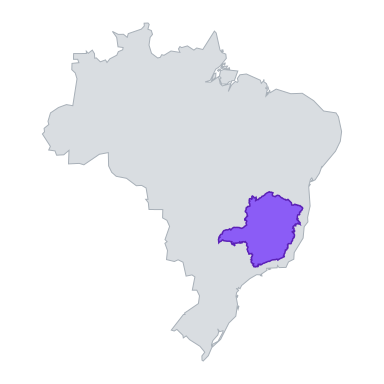 Minas Gerais on a map of Brazil (Robinson projection)
{"feature_id": "BRA-601", "entity_name": "Minas Gerais", "entity_type": "State", "adm_level": 1, "iso_a3": "BRA", "parent_name": "Brazil", "parent_adm1": "", "projection": "robinson", "projection_center": [-44.656, -18.566], "detail": "fine", "context": "in_parent", "style": "filled", "palette": "violet", "viewbox_px": 384, "rotation_deg": 0, "n_neighbors": 0, "source": "natural_earth", "source_scale": "10m", "svg_char_len": 9385}
<svg xmlns="http://www.w3.org/2000/svg" viewBox="0 0 384 384"><path d="M96.3,57.9L100.3,61.8L105.5,59.9L107.0,62.5L109.9,58.8L116.8,55.2L118.3,51.7L122.7,49.8L123.1,47.5L118.0,46.8L116.7,37.4L112.4,31.4L118.3,34.4L123.5,34.3L127.2,37.3L128.3,33.6L141.4,29.1L144.3,26.0L144.1,23.2L148.0,23.0L149.2,24.4L147.9,29.2L151.3,30.5L152.5,34.4L150.1,37.4L149.0,45.1L151.5,53.3L157.7,58.0L160.3,57.3L161.7,54.7L164.0,55.3L171.0,51.0L179.9,52.4L178.5,48.9L179.9,46.6L181.7,47.6L187.4,45.9L193.9,50.1L196.7,48.0L202.8,49.5L214.4,31.1L216.2,33.0L220.0,50.0L222.0,52.6L225.8,54.1L226.3,58.4L219.7,66.5L215.7,69.2L210.3,80.3L205.1,81.9L210.6,82.2L218.6,76.6L220.2,83.7L222.4,85.9L230.8,83.5L228.3,91.5L231.5,85.1L235.4,81.4L237.3,82.4L238.1,81.3L237.4,78.4L239.9,74.8L246.4,74.0L260.3,80.2L261.3,83.3L263.2,81.2L266.4,83.6L267.3,86.2L265.6,88.1L266.4,89.0L268.1,87.2L268.5,89.0L266.9,90.8L265.9,96.2L268.1,94.0L269.7,89.9L270.0,92.8L276.2,89.1L290.7,93.7L302.3,93.3L313.7,100.7L323.6,111.0L336.0,112.9L338.4,116.7L341.6,131.6L340.3,141.3L335.5,151.2L322.0,167.3L322.0,166.0L319.4,173.3L315.2,179.8L313.2,180.8L311.8,177.9L310.5,179.3L308.7,186.2L310.1,206.0L307.6,217.4L307.9,221.9L304.2,226.7L303.1,238.1L294.2,252.6L293.8,259.2L288.5,261.9L286.0,267.4L279.1,267.6L277.6,265.5L277.1,267.8L266.6,268.3L267.1,270.2L260.4,274.8L256.6,274.7L249.9,278.6L241.6,285.5L240.0,288.8L238.5,287.5L238.0,289.0L236.1,288.4L238.6,290.4L236.6,292.5L236.0,296.2L237.5,304.2L235.8,316.2L228.9,323.0L220.6,339.4L212.5,346.9L212.3,344.4L218.0,341.3L222.9,332.3L223.0,330.7L219.7,331.7L217.6,328.8L218.7,331.7L217.8,335.0L212.9,340.5L211.4,344.9L211.9,347.3L208.3,355.7L203.2,361.0L202.0,360.2L201.9,356.0L204.8,352.2L200.0,346.3L189.5,339.6L186.2,335.9L183.3,337.9L182.9,335.3L176.9,329.4L174.2,331.0L171.3,330.1L183.5,314.4L185.0,314.5L184.6,313.0L198.4,303.6L199.5,295.8L196.8,290.2L192.3,290.2L194.9,276.9L192.0,274.9L186.1,276.1L183.0,262.2L178.1,259.8L174.4,261.5L166.5,259.6L167.5,250.5L164.9,243.3L167.1,241.7L165.0,239.6L169.6,226.4L166.9,220.3L162.6,217.9L162.8,209.6L149.0,209.5L148.3,202.6L145.7,199.3L148.0,199.3L146.1,188.0L141.7,185.4L136.3,185.7L126.5,178.3L116.2,176.3L111.7,172.3L108.6,165.9L108.3,152.6L99.3,154.3L83.9,164.8L79.3,163.4L68.5,163.9L69.0,150.3L63.8,154.8L56.6,155.2L55.0,150.9L48.7,150.0L50.4,146.4L42.4,134.0L44.5,131.8L44.1,128.3L48.8,124.5L48.0,121.3L50.5,112.9L58.5,107.5L66.4,104.6L72.8,105.7L77.0,78.8L75.2,72.9L71.8,69.7L72.0,63.4L78.9,62.7L77.7,59.3L73.5,59.3L73.6,53.6L86.4,53.5L86.3,51.2L88.2,53.3L92.3,50.1L94.5,53.7L94.7,58.2L96.3,57.9ZM223.6,69.5L237.8,71.0L234.4,80.5L231.8,80.7L231.4,82.3L229.3,81.6L227.0,84.0L221.6,84.0L219.7,79.2L221.1,78.0L219.4,76.3L220.5,70.8L223.6,69.5ZM211.5,80.9L213.7,74.1L215.9,73.1L215.7,77.3L211.5,80.9ZM227.5,66.1L226.1,68.7L222.9,68.1L223.4,66.4L227.5,66.1ZM222.6,63.3L222.1,68.5L220.7,68.0L222.6,63.3ZM229.7,69.4L227.7,69.7L226.8,69.3L229.3,67.7L229.7,69.4ZM220.5,69.6L218.4,71.3L217.5,70.4L219.0,68.9L220.5,69.6ZM224.3,65.0L223.3,64.0L225.0,62.9L225.2,63.9L224.3,65.0ZM223.2,51.6L222.0,51.9L221.8,50.0L222.9,49.9L223.2,51.6ZM238.1,309.2L237.7,307.5L238.6,306.0L238.9,306.4L238.1,309.2ZM261.6,274.1L261.9,276.0L260.5,275.6L261.6,274.1ZM237.3,297.3L236.6,296.4L237.6,295.3L237.9,295.7L237.3,297.3ZM267.7,92.8L266.9,94.8L267.7,92.0L267.7,92.8ZM312.4,181.1L311.0,181.6L311.9,180.1L312.4,181.1ZM270.4,269.1L268.9,269.7L268.6,269.3L269.5,268.5L270.4,269.1ZM310.1,184.6L309.5,185.7L309.2,185.0L310.1,184.6ZM263.9,79.4L264.0,80.5L263.6,80.4L263.9,79.4Z" fill="#d9dde1" stroke="#a8b0b8" stroke-width="1"/><path d="M252.3,196.0L253.4,196.6L253.8,197.1L254.0,197.7L254.5,197.8L254.8,197.9L255.5,197.9L256.0,197.3L256.4,198.5L255.6,200.4L255.6,200.6L256.5,200.1L256.8,199.6L258.1,199.7L258.7,199.3L258.8,198.9L259.2,198.5L259.6,198.0L260.3,198.0L260.7,197.7L261.4,197.2L262.1,196.2L263.0,196.1L264.7,195.0L264.9,194.8L265.0,194.3L267.1,192.8L268.7,192.2L269.0,191.9L269.5,192.1L269.7,191.9L270.1,192.2L271.1,192.3L271.4,192.2L271.8,192.5L272.7,192.6L273.0,192.8L272.6,193.5L272.3,194.7L272.4,195.1L272.4,195.5L272.6,195.8L275.2,196.7L275.6,196.5L276.0,195.9L277.3,195.3L277.8,195.3L279.3,195.7L279.8,196.3L281.6,197.9L282.2,197.9L283.3,198.8L284.4,199.3L285.0,199.5L285.3,199.4L285.9,200.1L286.6,199.9L287.0,200.0L287.6,199.5L288.0,199.4L291.4,202.8L291.7,204.9L291.9,204.9L293.0,205.2L293.9,204.9L294.2,204.5L294.5,204.3L294.9,204.5L295.5,204.4L296.0,204.9L296.7,204.7L297.2,205.0L297.5,205.4L298.1,205.2L299.0,205.6L300.0,205.6L300.1,205.9L300.3,206.0L300.4,206.3L300.7,206.2L300.9,206.3L301.6,207.1L302.1,207.2L302.5,207.7L302.7,208.3L302.3,208.9L302.1,209.9L301.2,210.6L300.6,211.5L300.6,211.9L300.1,211.9L299.6,212.2L299.5,213.6L299.7,214.2L299.7,214.4L299.3,214.8L298.0,214.7L297.6,215.2L297.3,216.9L297.3,218.0L297.0,218.4L297.0,219.3L297.4,219.1L297.7,219.0L297.5,219.5L297.8,219.5L297.8,220.3L297.9,220.6L298.5,220.7L298.7,221.3L299.1,221.6L299.3,222.0L300.0,222.5L300.1,223.1L299.8,223.8L300.0,224.3L299.5,224.0L299.2,224.0L299.0,223.8L298.4,223.6L298.2,223.4L298.1,223.8L297.6,223.6L296.5,224.1L296.1,224.0L295.6,224.3L295.3,224.1L294.9,224.2L294.7,224.0L295.7,225.3L295.7,225.8L295.2,225.8L294.7,225.4L293.9,226.0L293.5,226.0L293.1,226.8L292.9,227.0L293.0,227.5L292.9,227.9L293.1,227.8L293.3,227.6L293.9,228.2L294.0,228.5L293.8,230.1L293.9,230.3L294.5,230.4L294.6,231.3L294.3,231.6L293.3,231.7L293.1,231.5L292.7,231.5L292.3,231.6L292.2,231.8L292.4,232.2L292.7,232.4L293.2,232.2L293.6,232.6L293.6,232.8L293.8,233.0L293.6,233.6L293.8,233.7L294.4,234.4L294.4,235.5L294.5,235.7L294.2,237.2L294.0,237.5L293.6,237.4L293.7,238.0L292.7,238.9L292.5,240.7L292.2,241.1L291.8,241.2L291.6,241.4L291.3,243.0L291.1,243.5L290.9,243.7L288.4,243.6L288.2,243.8L288.1,244.3L287.5,244.8L287.6,245.3L287.9,245.5L287.8,245.9L287.9,246.4L287.5,247.3L287.8,247.4L287.2,248.4L287.4,248.6L287.2,248.7L287.0,248.8L286.6,249.8L286.4,249.9L285.7,249.8L285.3,250.1L285.4,250.4L285.6,250.5L285.0,251.8L285.0,252.3L284.7,253.4L284.2,253.8L284.1,254.7L283.6,255.6L283.6,256.0L284.1,256.0L284.3,256.2L284.3,256.5L284.2,256.7L283.9,256.9L283.6,256.9L282.2,257.7L279.7,258.8L279.2,259.2L278.7,259.3L278.4,259.8L278.0,259.8L277.8,260.0L277.7,259.8L277.8,259.4L276.4,259.2L275.3,259.7L274.6,259.7L274.4,259.6L273.8,259.8L273.6,259.7L273.2,259.8L272.9,259.7L270.7,260.6L270.4,260.9L269.5,261.4L269.1,261.3L268.1,261.4L267.3,261.8L266.8,261.9L266.4,262.3L265.8,262.3L264.4,263.1L263.4,263.2L262.2,264.0L261.9,264.4L260.9,264.8L260.7,264.5L260.5,264.3L260.0,264.8L259.6,264.7L258.9,264.8L258.7,264.6L259.0,264.3L258.4,264.3L258.5,264.8L257.8,265.3L257.9,265.5L258.3,265.5L258.3,266.0L258.1,266.1L258.1,266.3L258.0,266.5L257.9,266.5L257.7,266.3L257.4,266.6L257.0,266.3L256.8,266.4L256.6,266.4L256.3,266.7L255.4,266.9L255.2,266.5L254.3,266.8L253.7,266.6L253.6,266.3L253.7,265.7L252.8,265.0L253.4,264.6L253.2,264.1L253.5,263.8L252.3,263.3L252.2,263.0L251.5,262.7L251.4,262.3L251.1,261.9L251.4,260.9L251.8,260.3L251.6,260.0L251.3,259.9L251.1,259.8L251.4,259.6L251.3,259.4L251.7,259.1L251.4,258.3L251.5,258.0L251.3,257.5L251.6,257.3L251.8,256.4L252.1,256.4L252.4,255.7L252.4,255.3L252.6,255.0L252.5,254.5L252.3,254.3L251.8,254.2L251.5,254.0L251.5,253.7L251.2,253.9L250.6,253.6L250.2,253.6L249.6,254.0L249.0,254.1L248.8,254.0L248.9,253.5L248.4,252.3L247.8,251.6L247.7,250.6L247.7,250.3L247.1,249.7L247.3,248.7L247.5,248.3L247.6,247.9L247.9,247.7L248.0,247.4L247.7,246.4L246.9,246.0L246.6,245.6L246.7,244.4L247.0,244.1L247.0,243.6L246.5,242.9L245.8,242.5L245.5,242.1L245.5,241.7L245.3,241.5L244.4,241.8L244.2,242.1L243.4,241.6L242.4,241.7L242.2,241.9L242.3,242.1L242.2,242.7L241.8,242.8L241.6,242.3L241.3,242.1L241.2,242.8L240.7,243.1L240.0,242.7L239.8,242.1L239.6,241.9L239.4,242.2L239.6,242.8L239.4,243.0L238.9,242.8L238.3,242.8L237.6,243.0L237.0,242.9L236.5,243.2L235.9,243.1L235.1,243.1L234.9,243.3L234.6,244.1L234.8,245.4L234.5,245.6L234.0,245.3L234.0,243.8L233.9,243.4L233.7,243.1L233.4,243.1L232.6,244.4L232.4,244.5L232.1,244.4L231.5,243.1L231.4,242.5L231.5,242.1L231.9,241.9L231.9,241.7L231.7,241.6L230.8,241.7L229.6,241.2L227.1,241.2L223.7,240.7L223.0,240.0L222.5,239.9L222.0,240.2L221.9,240.5L221.1,241.2L219.5,241.9L218.8,242.7L218.5,239.7L218.5,239.2L218.7,238.8L218.8,238.2L219.1,237.9L218.9,237.5L219.0,237.1L219.3,237.1L219.6,237.4L219.9,237.2L219.5,236.7L219.8,235.7L220.4,235.1L220.5,234.7L221.1,234.2L221.7,234.2L222.1,234.1L222.5,233.3L222.4,232.6L223.7,230.7L223.9,230.6L225.3,230.2L226.0,229.8L227.7,229.9L229.5,229.1L229.8,228.8L230.0,228.9L230.2,229.4L230.6,229.9L230.8,230.0L232.5,228.1L234.0,227.3L235.0,227.5L236.6,227.4L239.2,227.5L240.3,228.1L240.8,228.0L241.1,228.2L241.8,228.4L243.8,227.3L244.4,226.4L245.5,225.9L246.2,225.2L246.6,225.0L246.0,223.0L246.3,222.2L246.7,221.6L246.7,220.9L246.4,220.5L245.7,220.2L245.1,220.4L244.8,220.0L244.7,219.5L244.9,218.7L245.4,218.8L245.6,218.0L246.0,217.6L246.2,217.2L246.6,217.0L246.7,216.7L247.1,216.5L247.0,216.0L247.2,215.7L247.5,215.7L246.7,212.9L246.1,212.3L245.7,212.1L245.3,211.7L245.3,211.4L245.4,210.8L245.7,210.4L246.2,209.3L246.1,208.4L246.4,207.5L247.0,207.4L247.7,206.5L248.1,206.6L248.4,206.4L249.3,206.3L249.9,206.0L249.9,205.1L249.7,203.6L249.2,203.2L249.1,202.2L249.8,201.2L249.5,200.6L249.2,200.6L249.4,199.0L249.7,198.7L250.2,198.6L250.7,198.7L251.6,199.2L251.9,199.0L252.1,198.7L252.0,198.0L251.8,197.8L252.0,197.3L251.8,196.8L252.3,196.0Z" fill="#8b5cf6" stroke="#5b21b6" stroke-width="1.5"/></svg>